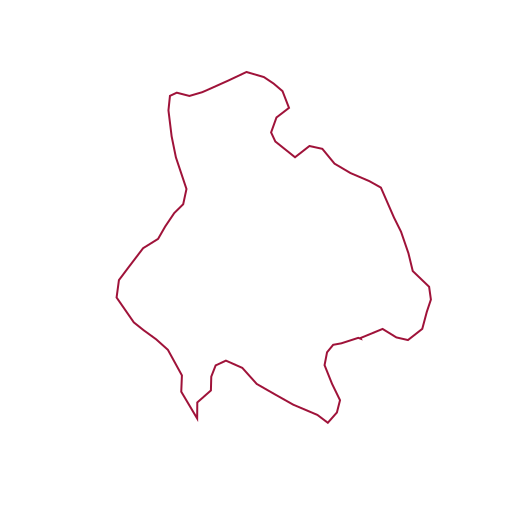 Nora, Orebro, Sweden, rotated 245°
{"feature_id": "70781695B8757223654229", "entity_name": "Nora", "entity_type": "district", "adm_level": 2, "iso_a3": "SWE", "parent_name": "Sweden", "parent_adm1": "Orebro", "projection": "equal_earth", "projection_center": [14.906, 59.57], "detail": "fine", "context": "isolated", "style": "outline", "palette": "rose", "viewbox_px": 512, "rotation_deg": 245, "n_neighbors": 0, "source": "geoboundaries", "source_scale": "gbopen_adm2", "svg_char_len": 1050}
<svg xmlns="http://www.w3.org/2000/svg" viewBox="0 0 512 512"><g transform="rotate(245 256 256)"><path d="M136.7,316.0L137.5,316.0L136.4,339.9L122.9,348.8L115.6,358.2L119.7,375.9L133.2,387.2L142.6,396.1L155.0,399.9L156.2,399.4L176.1,391.7L194.0,395.3L216.7,397.7L232.6,397.3L265.2,398.1L275.9,390.4L291.2,376.7L306.5,366.2L325.1,361.4L333.1,350.9L329.0,333.1L351.6,321.9L361.6,321.9L372.9,333.1L376.3,348.5L394.2,349.7L404.9,344.8L414.8,338.8L426.8,325.1L426.7,305.0L427.1,279.6L427.2,276.4L429.2,263.3L437.5,253.2L437.5,245.7L425.0,238.2L400.1,230.1L379.3,225.1L346.1,221.3L333.7,211.9L329.5,200.1L321.2,186.3L312.9,174.5L310.8,157.0L299.4,135.3L292.1,121.6L277.3,112.1L247.5,117.2L236.2,122.8L222.7,130.3L208.2,136.5L179.1,138.4L164.6,130.9L133.6,134.0L148.1,140.9L153.2,158.3L165.6,164.5L173.9,173.2L173.9,184.5L160.4,196.3L139.7,202.6L122.0,215.1L105.4,227.0L86.0,244.5L74.5,250.6L80.0,263.2L89.8,271.2L108.1,270.9L128.1,272.0L138.7,279.7L142.9,288.4L140.8,296.4L138.6,314.1L136.7,316.0Z" fill="none" stroke="#9f1239" stroke-width="2"/></g></svg>